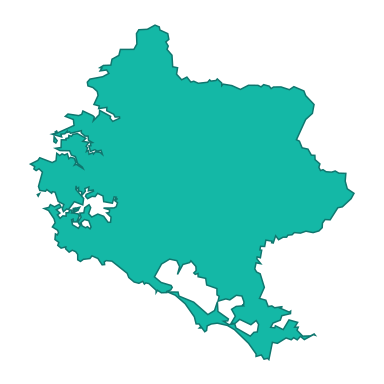 Central Coast (NSW), New South Wales, Australia (Albers equal-area conic projection), rotated 91°
{"feature_id": "25037944B67888909972324", "entity_name": "Central Coast (NSW)", "entity_type": "district", "adm_level": 2, "iso_a3": "AUS", "parent_name": "Australia", "parent_adm1": "New South Wales", "projection": "albers", "projection_center": [151.338, -33.307], "detail": "fine", "context": "isolated", "style": "filled", "palette": "teal", "viewbox_px": 384, "rotation_deg": 91, "n_neighbors": 0, "source": "geoboundaries", "source_scale": "gbopen_adm2", "svg_char_len": 6049}
<svg xmlns="http://www.w3.org/2000/svg" viewBox="0 0 384 384"><g transform="rotate(91 192 192)"><path d="M305.0,99.5L306.3,107.4L304.5,110.2L305.2,113.8L298.9,116.3L297.2,122.7L286.1,118.0L272.6,122.4L270.9,126.0L267.8,127.9L261.7,126.7L262.5,122.0L257.7,126.0L255.7,125.7L256.6,122.5L249.0,121.3L248.7,123.1L245.1,122.5L245.2,118.4L238.8,117.3L239.8,111.2L241.3,111.5L241.6,109.9L234.3,107.6L238.2,104.6L235.6,100.2L235.5,96.6L233.5,95.4L233.0,91.2L230.8,89.0L231.2,82.8L229.2,77.4L230.5,70.2L228.7,64.4L225.4,61.2L220.8,61.0L217.2,58.5L217.4,53.4L205.2,45.9L204.2,41.4L195.9,32.8L190.5,30.0L186.1,36.8L178.5,39.0L170.7,38.5L170.6,45.5L168.5,49.2L169.7,52.7L169.4,58.3L167.4,61.4L168.3,63.9L165.1,65.6L161.7,64.6L157.5,69.5L153.2,69.8L153.1,73.3L147.1,76.8L145.9,82.7L139.3,85.5L137.9,88.5L117.5,79.6L111.3,73.0L102.4,71.5L93.7,80.0L89.0,81.9L84.9,92.0L88.0,96.4L85.4,104.8L85.6,112.3L87.2,114.7L84.8,116.7L83.4,122.2L85.7,124.8L84.2,127.9L84.3,137.4L88.6,145.4L84.9,154.0L83.6,162.7L85.2,164.1L82.5,164.2L78.5,168.7L80.1,170.0L80.8,175.0L79.6,176.3L82.0,178.3L83.2,187.6L81.2,192.2L82.1,195.1L77.2,199.1L80.0,204.3L74.5,209.5L68.0,208.6L67.1,213.5L55.6,214.4L49.9,219.5L46.5,218.3L42.4,220.8L39.8,217.8L34.1,219.0L30.6,226.9L27.5,227.6L25.8,231.9L30.1,239.5L30.7,248.0L34.6,250.3L45.0,249.7L50.4,252.6L50.7,266.1L56.7,267.5L60.6,274.3L66.6,275.4L67.0,282.7L69.3,286.2L69.6,284.2L72.5,286.0L71.5,279.5L74.9,277.2L78.3,283.3L80.9,296.0L84.0,298.6L87.7,297.9L89.3,292.8L93.1,288.5L97.1,287.6L106.2,291.6L107.6,286.2L110.2,286.8L108.9,278.6L112.2,278.7L115.6,271.7L118.4,270.2L118.1,265.8L119.5,265.6L122.8,272.5L119.7,275.2L117.8,274.7L112.0,285.8L116.2,286.0L122.5,291.9L118.8,291.0L117.4,292.5L112.9,302.5L116.3,303.6L117.6,306.6L116.2,317.4L118.6,320.0L121.6,311.9L127.5,311.1L135.3,327.5L133.4,328.4L134.3,329.7L135.3,328.1L136.6,332.8L139.2,323.3L136.5,324.1L136.0,320.2L133.5,318.0L134.7,318.1L134.0,315.4L135.4,314.6L132.6,303.7L134.6,303.8L138.0,299.9L137.9,296.9L142.0,296.4L144.3,292.4L144.7,294.6L147.5,293.9L147.7,295.9L153.2,294.1L151.4,289.9L152.8,287.5L151.8,283.7L156.0,282.2L154.0,284.7L153.5,289.3L155.8,291.2L154.5,291.8L156.1,295.6L152.3,296.2L153.4,298.3L149.6,297.2L148.2,298.7L144.1,296.1L143.3,302.1L140.2,299.1L135.6,307.7L136.5,312.1L138.4,313.5L137.6,316.1L140.0,316.2L140.7,319.0L142.1,318.8L142.1,323.6L149.8,323.7L150.7,329.3L152.9,324.8L152.9,315.1L157.2,313.2L158.6,309.2L165.4,306.8L169.0,302.1L170.5,301.3L166.3,308.3L167.1,310.0L164.6,308.5L160.3,310.4L159.5,314.0L160.9,315.7L155.9,317.3L157.2,320.1L156.1,322.6L157.9,324.8L155.7,327.9L163.0,328.5L165.0,332.3L160.4,344.8L163.1,346.7L166.9,354.0L169.3,349.7L171.7,350.5L173.3,348.2L171.4,345.4L174.7,341.9L189.1,345.6L193.1,344.2L193.8,338.5L192.1,337.2L195.7,332.3L194.1,331.6L194.6,328.9L203.8,325.6L206.7,319.9L210.9,321.4L213.9,320.2L211.1,317.0L211.6,315.2L203.7,309.5L206.8,301.0L200.4,300.2L191.3,308.3L187.9,308.0L191.1,307.2L189.6,305.5L192.9,305.3L193.7,302.3L197.3,302.1L193.1,298.6L190.4,299.2L188.8,295.2L192.7,295.7L191.7,290.8L192.9,290.5L196.2,297.7L198.2,298.4L200.5,296.3L198.1,291.9L198.3,288.8L195.0,286.4L197.5,280.9L203.2,280.1L204.6,271.4L198.2,269.8L198.5,267.7L201.9,269.3L200.7,268.3L199.8,266.2L202.2,268.8L204.0,266.3L208.0,267.5L209.3,269.7L209.6,280.2L211.3,274.0L214.0,274.4L214.4,276.9L218.5,272.5L223.7,272.9L223.8,275.4L217.8,279.9L215.7,285.8L218.8,291.8L215.4,295.0L209.4,293.0L206.5,294.7L209.6,299.0L214.7,299.8L215.1,303.8L219.2,302.4L223.9,305.6L226.1,304.2L221.4,299.1L222.5,294.7L228.8,292.3L230.6,293.3L228.5,295.9L229.6,297.9L227.7,301.4L225.5,302.1L230.3,304.9L226.9,310.9L221.8,312.0L221.1,310.4L224.0,310.1L223.9,306.7L218.1,304.3L215.9,305.3L215.0,311.5L212.6,306.0L211.0,307.3L212.2,305.6L209.2,304.0L210.3,308.0L212.3,308.8L210.1,308.4L210.6,310.5L213.0,310.9L211.5,310.1L212.7,309.5L214.9,311.6L212.1,312.5L212.2,314.1L214.8,314.8L215.0,317.6L218.3,317.4L218.1,320.7L220.6,323.4L217.2,326.2L215.3,323.7L212.1,327.3L209.5,322.6L206.5,324.3L209.2,329.2L207.1,333.4L209.9,334.8L211.1,339.5L213.0,335.1L221.1,329.5L225.2,328.3L229.4,331.0L232.6,325.7L235.0,324.8L237.3,325.9L236.3,327.8L241.9,328.2L244.7,324.3L247.7,325.3L250.4,321.9L249.1,317.2L251.0,317.4L254.3,313.8L252.3,310.7L253.7,307.3L256.4,305.2L261.8,305.1L263.4,302.3L261.2,299.4L260.3,292.9L257.6,290.9L260.1,284.9L266.4,280.6L266.1,278.1L263.4,278.5L262.1,276.6L262.5,270.9L274.4,255.4L278.6,253.7L283.0,248.3L284.2,243.5L282.2,239.7L284.9,238.0L283.7,236.6L284.3,233.5L290.9,226.1L293.1,226.1L290.9,224.8L293.3,220.9L293.0,215.5L291.9,215.6L290.3,211.6L287.7,210.1L285.8,211.3L283.0,221.3L277.5,228.1L264.5,221.2L259.5,213.2L260.9,206.0L266.8,203.1L274.7,205.1L264.6,199.8L262.6,193.1L260.8,191.9L266.4,186.8L270.5,186.5L272.9,188.8L274.3,187.3L273.3,184.6L276.6,184.4L278.1,176.8L284.7,175.7L288.1,165.4L294.4,165.2L295.8,163.0L300.7,164.1L298.3,156.3L299.2,152.3L294.5,145.9L295.1,140.3L301.0,138.1L304.5,138.5L304.0,139.2L303.8,140.0L304.9,138.6L305.6,145.8L308.6,150.4L315.4,146.5L322.6,150.6L322.7,146.7L318.5,142.1L323.7,130.8L319.4,125.6L323.2,123.1L330.8,124.3L331.2,127.6L335.1,131.2L327.2,145.6L323.0,147.0L323.9,152.8L320.7,158.2L320.2,154.0L318.3,153.4L311.0,164.0L301.4,164.7L310.1,167.4L314.3,174.0L302.1,188.4L296.3,203.2L292.3,204.2L292.4,214.6L295.5,206.9L303.8,196.9L316.7,187.5L323.8,185.6L323.8,182.7L331.5,176.8L330.2,175.0L325.6,174.5L323.6,170.3L322.7,164.4L324.8,154.3L328.9,147.1L342.3,132.8L352.8,125.1L355.3,125.1L353.7,119.8L357.9,117.1L357.0,113.5L358.2,112.2L340.9,109.0L341.8,103.9L336.3,95.4L338.0,90.2L335.9,87.8L338.0,84.2L334.5,81.1L337.6,77.1L332.5,68.1L333.0,66.4L331.8,67.4L333.8,71.0L334.2,78.8L328.4,84.6L325.3,83.4L325.4,87.0L320.5,84.1L318.2,92.8L328.0,98.4L324.3,106.3L326.4,106.9L325.9,111.0L321.6,108.7L318.6,101.5L314.1,100.0L311.9,91.4L309.4,91.3L310.4,92.7L306.5,102.1L305.0,99.5ZM139.1,330.8L144.1,331.0L145.4,329.0L143.1,327.7L139.1,330.8ZM196.2,344.4L197.3,346.6L198.8,345.7L196.2,344.4ZM327.8,182.3L327.8,181.2L327.1,181.6L327.8,182.3Z" fill="#14b8a6" stroke="#0f766e" stroke-width="1.5"/></g></svg>